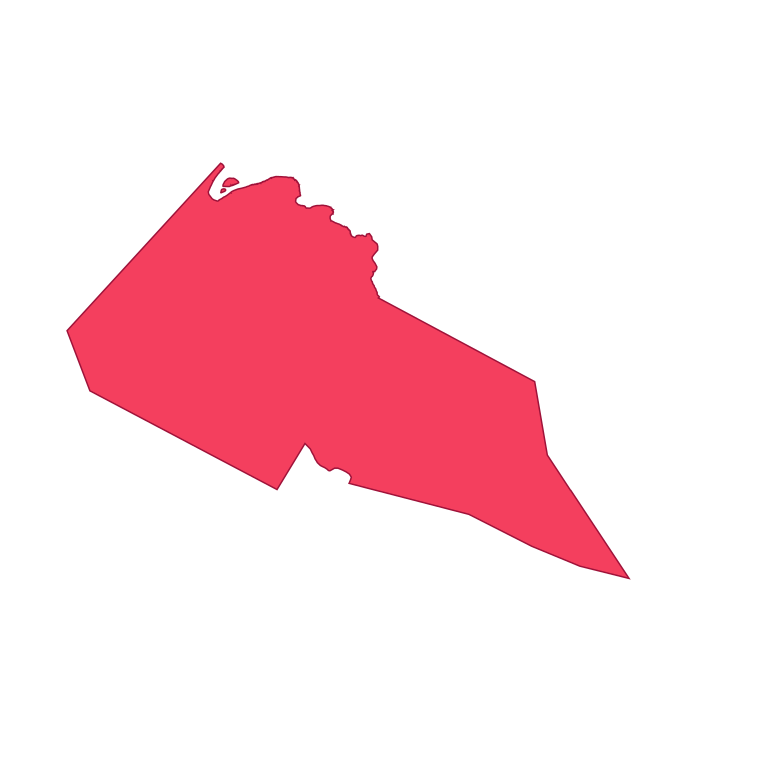 outline of Mappi, Papua, Indonesia, rotated 117°
{"feature_id": "22746128B63262525003276", "entity_name": "Mappi", "entity_type": "district", "adm_level": 2, "iso_a3": "IDN", "parent_name": "Indonesia", "parent_adm1": "Papua", "projection": "equal_earth", "projection_center": [138.756, -6.247], "detail": "fine", "context": "isolated", "style": "filled", "palette": "rose", "viewbox_px": 768, "rotation_deg": 117, "n_neighbors": 0, "source": "geoboundaries", "source_scale": "gbopen_adm2", "svg_char_len": 5920}
<svg xmlns="http://www.w3.org/2000/svg" viewBox="0 0 768 768"><g transform="rotate(117 384 384)"><path d="M256.6,465.3L258.3,467.4L259.1,467.4L260.3,467.1L260.6,467.2L261.0,467.7L261.3,468.7L261.2,470.2L261.3,471.0L261.7,471.5L262.2,471.9L262.4,472.1L262.6,473.2L263.0,474.1L263.7,474.8L263.7,475.1L264.0,475.4L264.6,475.9L265.6,475.9L266.5,476.2L266.8,477.0L267.0,478.4L266.9,479.6L266.7,480.5L266.3,480.6L266.0,481.3L265.8,481.4L265.8,481.6L265.6,481.6L265.3,481.9L265.2,482.3L264.8,482.3L264.7,482.6L264.3,482.8L264.0,483.1L263.5,483.3L263.3,483.6L263.0,483.7L262.9,484.2L262.7,484.0L262.8,484.3L262.7,484.6L262.6,485.0L262.4,485.4L262.5,485.7L262.4,485.8L262.2,485.8L262.1,486.1L262.2,486.6L261.9,486.9L261.9,487.2L261.3,487.6L261.2,487.7L261.3,488.0L261.2,488.8L261.2,489.0L261.6,489.1L261.7,489.4L261.6,490.1L261.7,490.5L261.5,490.8L262.1,491.3L262.2,491.9L262.0,492.4L262.1,493.0L262.2,493.6L262.0,493.8L262.1,494.0L261.9,494.2L262.0,494.9L261.9,495.4L261.9,496.5L262.2,498.2L262.3,499.7L262.5,499.9L262.5,500.4L262.4,504.1L262.5,505.2L262.7,505.3L260.9,507.2L259.2,508.0L258.4,508.1L256.2,507.4L255.7,506.7L255.5,507.0L255.3,506.8L254.3,507.1L254.0,507.1L253.9,507.5L253.7,507.4L253.5,507.6L253.4,507.6L253.4,507.8L252.8,508.1L252.8,508.5L252.6,508.3L252.4,508.4L251.9,508.3L252.1,508.7L252.1,508.8L251.9,508.9L251.7,509.4L251.8,509.5L251.4,510.0L251.5,510.1L251.0,511.2L251.1,511.7L250.8,511.8L251.0,512.1L250.8,512.4L250.9,513.0L250.9,513.5L251.1,514.8L251.2,515.0L251.4,516.4L252.2,518.5L252.2,518.9L253.2,520.9L254.1,522.2L255.3,524.5L255.9,525.4L257.8,527.6L259.0,528.6L260.4,529.3L261.2,530.2L262.0,532.2L262.5,532.8L262.4,533.8L261.9,534.4L261.8,535.3L261.6,535.2L261.5,536.0L262.0,537.4L262.2,537.6L262.1,537.8L262.5,538.6L262.6,539.0L262.8,539.1L262.7,539.3L263.0,541.2L263.2,541.7L262.2,544.8L261.4,545.7L258.6,546.6L256.7,545.7L256.4,545.8L254.2,543.9L253.8,544.0L252.5,545.3L251.8,545.5L251.6,545.8L251.2,546.0L250.7,546.6L250.3,546.8L250.3,547.1L249.8,547.3L249.6,547.2L249.2,547.5L248.9,547.6L248.0,548.3L247.5,548.5L247.1,549.0L246.6,549.2L246.6,549.4L246.3,549.3L246.1,549.4L245.8,549.8L245.5,549.9L245.5,550.2L245.4,550.3L245.1,550.1L245.1,550.4L244.6,550.7L244.4,551.3L243.9,551.6L243.8,552.1L243.5,552.5L243.6,552.9L243.2,553.1L243.3,553.4L242.8,553.9L242.8,554.1L242.6,554.2L242.7,554.4L242.4,554.6L242.5,554.9L242.3,555.6L242.8,555.8L243.0,556.0L242.3,556.5L242.2,557.1L242.3,557.8L241.6,558.2L241.6,558.5L241.4,558.8L241.9,559.2L241.9,559.5L241.9,559.9L242.1,560.0L242.1,560.4L242.3,560.6L242.3,561.1L242.5,561.5L242.8,561.8L242.9,562.1L243.1,562.2L243.1,562.6L243.6,563.0L243.6,563.4L243.7,564.5L243.9,564.8L244.2,565.7L244.7,566.6L246.1,570.0L246.6,570.9L247.3,572.6L248.1,574.0L248.1,574.3L249.0,575.4L249.7,575.8L250.0,576.3L249.9,576.4L250.0,576.6L250.7,577.0L250.9,577.5L251.1,577.9L251.4,578.1L251.6,578.1L251.7,577.7L251.8,577.7L251.9,577.8L251.8,578.6L254.8,580.3L255.2,580.4L255.2,580.6L255.2,580.8L255.8,581.3L257.4,582.2L257.7,582.2L257.7,582.4L257.6,582.6L257.7,582.8L258.7,583.7L258.9,583.7L258.9,584.0L259.1,584.1L259.1,583.8L259.2,584.0L259.9,584.3L260.4,584.9L260.7,585.1L261.1,585.0L261.0,585.4L261.0,585.6L262.2,586.7L262.6,587.4L263.1,587.6L263.3,587.4L263.6,587.7L263.3,588.2L263.7,588.4L263.8,588.7L264.2,588.8L264.2,589.0L264.6,589.3L264.8,589.7L264.6,589.9L265.2,590.5L265.3,590.4L265.5,590.5L265.8,591.0L265.8,591.3L266.1,591.4L266.1,592.0L266.8,592.6L267.0,592.6L267.0,592.8L267.2,593.0L267.7,593.3L267.8,593.5L269.4,594.6L269.6,595.0L270.5,595.9L271.0,596.2L274.1,599.6L276.6,602.7L279.9,605.7L281.7,607.0L283.0,607.6L283.2,607.3L283.3,607.7L286.9,609.4L289.3,610.8L290.0,611.5L291.1,612.1L291.9,612.5L292.0,612.4L294.3,614.1L295.2,614.6L295.3,614.5L296.2,614.9L296.7,615.6L297.2,619.1L297.0,621.2L294.6,626.2L292.6,627.8L288.5,628.1L288.2,628.1L286.7,628.3L286.6,628.2L285.1,628.2L285.0,628.3L284.9,628.6L284.9,628.4L284.7,628.2L283.1,628.3L282.9,628.3L281.0,628.3L280.8,628.5L280.8,628.3L279.6,628.2L279.5,628.4L279.5,628.6L279.4,628.2L277.1,628.1L271.9,627.2L270.7,626.8L270.2,626.8L269.9,626.7L268.6,626.3L268.4,626.5L268.3,626.3L267.7,626.1L266.9,626.0L266.7,625.9L266.4,625.8L266.3,626.0L266.0,625.8L263.4,625.0L263.1,625.5L262.6,625.6L261.8,627.2L261.5,628.3L261.5,629.8L480.4,690.6L523.6,642.9L526.6,431.4L472.9,427.4L475.3,420.2L478.0,416.7L479.6,414.2L482.1,411.3L483.3,409.2L484.3,407.7L485.5,403.7L485.5,400.7L485.4,399.1L485.7,396.3L486.3,394.2L485.9,392.8L481.4,389.8L479.9,386.8L479.5,381.9L479.5,377.7L480.0,373.8L481.9,370.8L484.6,370.3L488.4,370.0L464.9,264.1L461.6,249.2L461.5,178.5L457.4,126.8L446.0,77.4L394.0,169.3L394.1,169.5L373.2,206.2L313.5,250.8L309.9,428.1L308.5,427.7L308.0,428.8L307.8,429.8L307.4,430.5L306.6,431.2L306.0,431.3L305.2,432.1L304.7,432.9L302.9,434.7L302.0,436.5L300.9,437.4L299.8,439.6L299.4,439.7L299.1,440.2L298.2,440.9L298.1,441.4L297.3,442.4L296.1,443.6L294.2,443.8L293.3,443.3L291.7,443.3L290.1,443.7L289.7,444.3L289.0,444.9L288.7,444.8L288.6,444.0L288.1,443.3L286.8,443.2L285.0,442.8L282.9,443.5L280.5,446.8L279.1,449.6L277.6,451.5L276.2,452.2L273.0,451.7L267.6,450.4L264.3,452.0L262.4,453.6L260.9,460.0L258.4,461.8L256.6,465.3ZM271.3,605.3L270.7,604.9L270.2,605.2L269.8,605.7L269.6,606.3L269.3,607.4L268.9,610.2L269.0,611.4L270.1,613.4L270.1,613.7L270.7,615.1L271.8,616.2L272.7,616.7L275.7,617.8L276.7,617.9L276.8,617.8L279.2,617.9L280.2,617.6L280.9,617.2L280.9,616.9L280.2,615.6L280.1,615.3L279.5,614.0L278.9,612.7L278.4,611.7L278.0,611.2L277.0,610.5L276.9,610.3L276.8,610.2L276.6,610.3L276.7,610.1L276.2,609.5L275.9,609.7L275.5,609.4L275.4,609.2L275.7,609.4L276.0,609.4L275.1,608.4L274.9,608.5L274.9,608.3L274.2,607.9L274.3,607.8L274.0,607.5L272.4,606.2L271.3,605.3ZM285.2,616.9L287.5,616.3L287.6,616.0L285.8,614.4L284.8,613.7L284.7,613.4L283.6,613.1L283.1,613.1L282.6,613.6L282.5,614.4L282.7,614.7L282.9,615.4L283.5,616.2L284.4,616.9L285.2,616.9Z" fill="#f43f5e" stroke="#9f1239" stroke-width="1.5"/></g></svg>